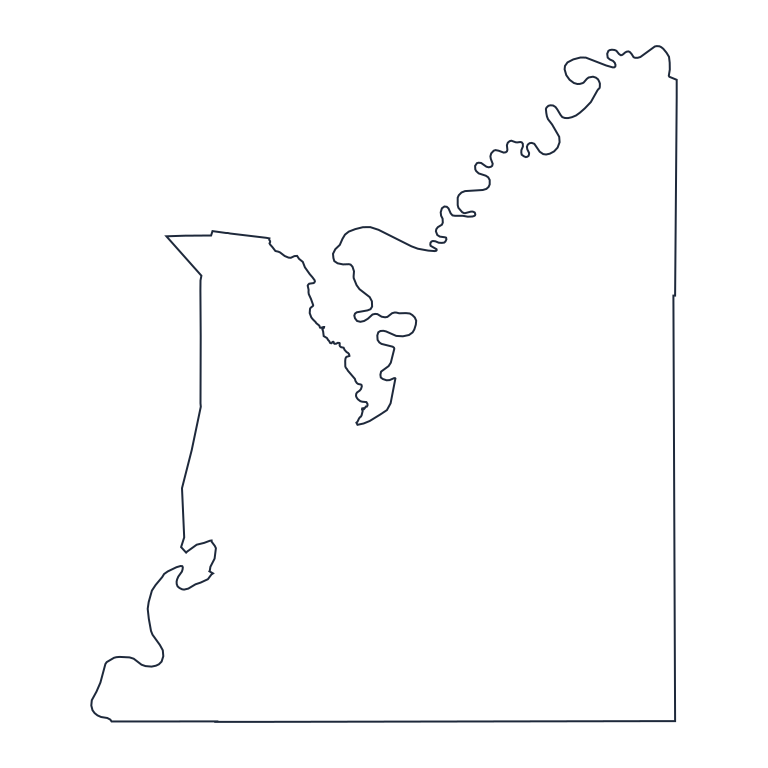 Renmark Paringa, South Australia, Australia (orthographic projection)
{"feature_id": "25037944B48526955129661", "entity_name": "Renmark Paringa", "entity_type": "district", "adm_level": 2, "iso_a3": "AUS", "parent_name": "Australia", "parent_adm1": "South Australia", "projection": "orthographic", "projection_center": [140.752, -34.143], "detail": "fine", "context": "isolated", "style": "outline", "palette": "slate", "viewbox_px": 768, "rotation_deg": 0, "n_neighbors": 0, "source": "geoboundaries", "source_scale": "gbopen_adm2", "svg_char_len": 6043}
<svg xmlns="http://www.w3.org/2000/svg" viewBox="0 0 768 768"><path d="M676.7,79.8L669.4,76.8L668.8,75.8L669.8,69.6L669.7,62.7L669.0,56.8L666.5,52.7L663.3,48.8L661.3,47.2L659.5,46.3L656.7,46.1L654.8,46.5L640.4,57.0L637.7,57.8L635.1,57.8L633.6,57.2L631.6,54.0L629.8,52.0L628.4,51.4L626.6,51.7L625.0,52.6L623.1,54.3L621.8,55.1L620.7,55.2L618.9,53.9L616.4,50.8L614.6,50.0L611.9,49.7L609.7,50.1L608.4,50.9L607.2,53.8L607.7,57.6L609.9,59.5L613.0,60.9L614.7,62.7L615.5,64.9L615.3,66.5L614.4,67.3L612.8,67.4L606.2,65.5L585.8,57.6L580.5,57.5L573.3,59.4L567.5,62.4L565.0,65.9L564.6,69.3L566.3,75.2L569.6,79.8L573.9,83.0L577.4,84.0L579.9,83.9L582.7,83.1L583.7,82.5L586.8,78.9L588.6,77.5L593.0,76.7L595.8,77.6L598.0,79.3L599.2,81.6L599.9,83.6L599.8,87.1L599.4,88.3L598.2,89.3L597.3,90.6L590.9,102.0L584.9,108.3L579.9,112.7L576.0,115.5L571.9,117.2L568.0,118.1L564.9,118.0L562.3,117.1L560.6,115.0L557.2,109.3L555.5,107.0L553.1,105.5L550.4,105.3L548.4,105.8L546.5,107.6L545.9,109.0L546.3,113.0L546.9,116.3L548.0,119.2L552.1,124.5L559.2,136.8L559.6,142.2L557.6,147.6L554.1,151.4L549.8,153.7L546.1,154.5L543.2,154.1L539.7,151.7L534.3,143.8L531.7,142.9L529.6,143.2L527.8,144.6L526.9,146.8L527.3,149.3L529.1,153.0L529.0,154.4L528.6,155.8L527.4,156.7L525.8,157.1L523.9,156.3L521.7,154.7L521.3,152.6L521.4,150.1L522.9,146.5L522.8,143.7L521.7,142.3L520.3,142.0L517.3,142.4L515.8,142.3L511.3,140.7L509.6,141.2L507.8,142.7L506.9,145.2L507.4,149.9L506.9,151.4L505.7,152.3L503.7,152.6L498.6,150.7L495.5,150.1L493.7,150.7L491.2,153.4L490.4,156.3L490.8,158.8L492.7,163.8L492.2,165.8L490.9,166.8L488.7,167.3L486.4,166.7L481.2,163.0L478.6,162.7L476.9,163.2L475.1,165.9L475.3,169.4L476.2,171.1L478.7,173.4L485.8,175.7L488.2,177.3L489.7,180.0L489.7,184.4L488.6,186.9L486.4,188.9L482.8,190.0L465.0,191.1L461.5,192.5L458.8,195.2L457.7,197.7L457.7,205.1L458.4,207.8L462.2,212.2L464.0,213.1L465.0,213.2L470.9,211.6L472.8,211.6L474.6,212.4L475.0,213.1L475.3,214.5L475.0,215.4L474.1,216.0L472.4,216.5L467.8,216.7L462.9,215.8L455.0,215.8L452.5,215.4L450.7,213.4L448.5,208.4L446.8,206.8L444.4,206.5L441.9,208.3L440.7,212.3L441.1,215.7L442.6,218.7L442.8,222.6L441.9,224.7L437.8,227.2L436.3,229.2L435.9,231.3L437.3,235.0L439.8,236.6L445.0,237.3L446.1,237.7L446.4,239.4L445.4,241.5L444.2,242.6L441.7,242.9L438.7,242.7L435.4,241.3L432.9,241.0L431.5,241.5L430.5,242.8L430.3,244.6L430.6,245.8L436.5,249.2L436.7,250.0L436.3,250.7L434.8,251.1L428.2,250.6L417.8,248.7L411.4,246.3L378.5,229.8L370.2,227.1L362.9,227.2L355.3,229.1L348.8,231.6L345.0,234.6L342.5,238.8L339.8,244.9L335.3,249.2L333.0,253.8L333.4,258.0L334.3,261.1L337.6,263.3L343.0,264.4L348.9,264.2L350.6,264.6L352.5,266.7L354.0,271.3L353.6,276.3L353.7,278.1L356.6,285.2L359.5,289.2L369.7,297.1L371.9,301.3L372.1,306.6L370.5,309.2L367.5,310.4L356.8,312.3L355.0,313.6L354.3,315.6L355.0,318.3L357.1,321.0L360.4,321.8L364.1,321.0L367.8,318.8L372.5,314.5L375.1,313.9L377.4,314.1L381.6,316.7L385.1,317.3L387.4,316.9L392.1,313.2L394.7,312.5L396.5,312.6L399.2,313.3L405.9,313.1L409.8,313.5L412.4,315.1L414.8,317.5L416.2,320.7L415.8,324.7L414.3,329.5L412.6,332.4L409.0,335.0L402.9,336.3L396.2,335.9L386.0,331.4L383.3,330.8L380.4,331.0L378.3,332.3L377.3,335.5L377.6,339.9L379.3,342.4L381.5,343.9L392.7,346.7L394.0,347.7L394.3,348.8L390.8,362.7L388.6,366.1L381.1,371.6L380.4,374.7L380.8,377.5L382.8,379.0L386.6,380.3L389.6,380.1L394.2,378.1L395.0,378.1L395.4,378.5L390.6,403.3L386.9,410.1L380.1,414.6L369.7,421.0L363.6,423.5L357.5,424.8L356.4,422.7L357.5,421.7L359.0,418.5L360.0,417.2L360.9,416.6L361.6,415.3L362.7,410.9L362.0,409.5L362.2,408.4L363.4,408.2L363.6,409.2L363.9,409.2L365.5,407.2L365.7,406.6L366.8,406.6L367.5,405.5L367.5,404.0L366.4,402.1L362.2,401.7L360.4,401.2L357.9,399.3L356.6,397.5L356.0,395.9L356.2,393.9L357.0,392.5L359.7,390.6L361.0,389.0L361.8,386.5L361.6,385.1L360.9,384.5L358.2,384.0L356.8,383.0L355.5,381.0L354.9,378.9L347.8,370.6L347.1,369.3L345.8,367.7L345.3,366.4L345.2,361.1L345.4,358.9L345.9,357.5L346.6,356.8L349.4,356.0L349.4,355.4L348.9,353.9L348.0,352.9L346.6,352.1L344.6,349.9L343.6,347.7L341.1,347.2L340.0,346.3L339.6,345.4L339.7,343.5L339.5,343.0L337.8,342.8L336.2,343.7L334.5,343.8L334.0,343.3L333.6,342.0L333.4,341.8L332.5,341.9L332.0,342.8L331.2,343.3L330.1,342.9L329.2,341.1L328.2,340.1L326.9,338.0L323.7,336.1L323.1,331.3L322.4,329.3L324.0,327.7L324.1,327.0L323.5,327.0L320.9,327.8L320.0,327.6L319.3,325.6L316.3,323.2L315.6,322.1L312.8,319.3L311.3,317.4L309.7,313.1L310.0,308.9L310.6,307.8L312.9,306.0L313.2,305.2L311.0,299.0L308.8,294.2L308.5,292.2L308.6,289.8L307.7,285.7L308.2,284.7L309.2,283.7L313.5,283.1L314.3,282.6L314.9,281.4L314.6,280.2L312.3,277.1L309.7,274.1L304.9,267.3L302.8,261.9L299.0,258.8L297.1,255.9L294.4,256.1L290.8,257.8L288.5,257.6L284.7,256.0L280.0,252.4L278.4,251.7L275.4,251.0L272.4,247.1L270.1,244.5L269.5,243.3L270.1,242.2L270.1,241.2L269.3,239.9L269.2,239.1L269.4,238.4L266.2,237.8L230.1,233.5L227.8,233.0L226.1,233.0L212.5,231.1L211.1,235.5L184.7,235.7L166.4,236.3L201.4,275.7L200.5,280.4L200.4,290.3L200.7,336.3L200.5,403.4L200.8,406.7L191.7,450.2L182.0,488.2L184.2,537.4L181.1,547.1L186.1,552.6L187.1,551.6L196.7,544.7L204.1,542.9L210.0,540.7L211.6,540.5L211.7,541.8L214.8,545.9L215.9,548.2L214.6,558.6L210.4,566.8L209.8,570.6L209.4,571.3L213.0,573.4L211.4,574.5L207.9,579.2L200.6,582.6L195.5,584.3L188.3,588.6L184.1,589.6L182.1,589.3L179.5,588.0L177.6,586.4L176.7,584.0L176.6,581.6L177.1,579.4L178.3,576.6L181.9,571.6L182.6,569.3L182.8,567.3L182.3,566.2L180.6,566.0L176.5,567.2L167.8,571.4L164.1,574.0L162.2,577.1L155.6,585.0L151.9,590.6L148.7,602.0L147.7,608.8L148.8,618.7L151.0,630.9L152.5,634.7L159.9,645.0L162.8,650.3L163.3,656.2L161.6,661.6L158.9,664.3L155.9,665.7L151.6,666.6L145.5,666.1L141.5,664.7L133.7,658.7L129.6,657.4L119.5,656.9L116.3,657.2L114.0,657.8L106.7,662.1L105.4,664.0L100.4,682.6L96.5,691.6L91.8,700.2L91.3,705.5L92.5,710.2L94.6,713.1L97.5,715.4L101.1,717.0L107.3,718.0L110.3,719.6L111.6,721.5L216.5,721.4L216.1,721.9L238.6,721.9L675.1,721.1L673.4,295.6L675.1,295.6L676.7,97.3L676.7,79.8Z" fill="none" stroke="#1e293b" stroke-width="2"/></svg>